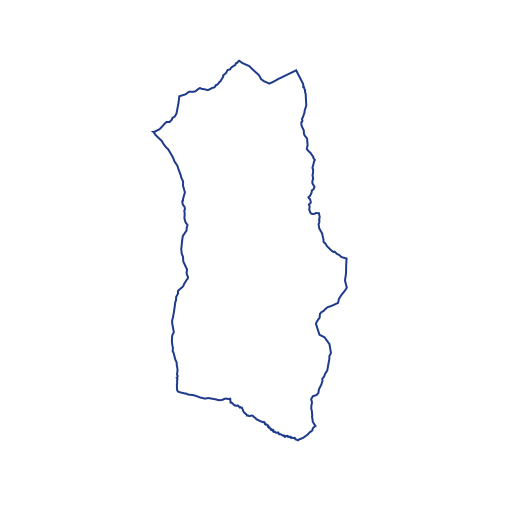 the district of Sadova, Suceava, Romania, rotated 233°
{"feature_id": "2599482B46935442887151", "entity_name": "Sadova", "entity_type": "district", "adm_level": 2, "iso_a3": "ROU", "parent_name": "Romania", "parent_adm1": "Suceava", "projection": "natural_earth1", "projection_center": [25.431, 47.58], "detail": "fine", "context": "isolated", "style": "outline", "palette": "blue", "viewbox_px": 512, "rotation_deg": 233, "n_neighbors": 0, "source": "geoboundaries", "source_scale": "gbopen_adm2", "svg_char_len": 6085}
<svg xmlns="http://www.w3.org/2000/svg" viewBox="0 0 512 512"><g transform="rotate(233 256 256)"><path d="M416.9,248.7L415.5,249.0L415.0,248.7L414.1,248.6L413.1,248.6L404.4,250.0L402.0,249.6L398.9,249.5L395.8,249.7L394.4,250.1L386.1,249.2L383.5,248.7L380.5,247.8L375.3,247.5L370.8,245.9L368.7,245.4L365.6,244.4L363.6,243.5L359.7,242.7L357.6,241.3L356.5,240.2L349.6,237.5L345.6,232.2L344.1,231.0L344.1,230.0L341.7,228.7L340.2,228.4L338.5,228.6L337.1,228.0L335.8,227.0L335.3,225.9L333.3,224.9L331.5,223.5L329.3,221.6L325.5,220.0L322.2,220.0L321.5,219.5L320.6,218.0L318.2,215.9L316.0,209.6L313.4,206.9L306.3,200.3L302.4,198.0L299.4,197.3L295.3,194.6L286.7,192.8L284.5,190.6L283.0,189.7L280.0,189.0L279.0,187.8L278.8,186.6L276.9,181.7L275.8,179.9L275.5,178.4L275.2,173.0L274.5,172.2L273.0,171.2L271.3,167.5L268.7,165.4L268.0,164.1L261.3,157.4L256.9,152.7L254.9,150.1L253.0,148.8L251.0,147.7L245.1,144.8L244.2,143.9L243.6,142.3L242.6,140.9L238.1,137.2L234.9,135.4L232.5,134.3L230.2,132.2L228.6,132.0L221.7,129.2L218.8,128.6L216.3,126.9L213.4,125.5L211.8,124.4L208.8,121.5L207.4,121.3L206.6,120.5L206.5,119.4L205.5,119.3L204.5,118.9L204.3,118.2L201.7,116.4L200.9,115.4L199.1,114.1L196.2,112.2L194.5,112.2L192.3,113.7L190.0,115.7L189.0,116.3L188.5,117.1L187.9,117.6L186.7,118.1L185.1,119.5L183.2,121.6L181.6,123.0L177.5,125.7L176.9,126.0L173.4,128.9L172.8,129.5L171.2,132.5L165.6,137.7L163.8,139.0L162.2,140.9L161.8,141.7L161.4,142.8L161.0,143.4L161.1,144.1L160.8,144.7L160.5,145.9L158.5,147.8L157.5,149.5L154.3,147.5L153.8,148.1L153.1,148.2L152.8,148.5L150.6,148.7L150.0,149.2L149.0,149.3L148.9,149.7L148.2,150.1L148.0,150.4L147.7,151.4L147.1,151.7L145.9,151.7L145.2,152.3L144.9,152.1L144.9,151.9L144.6,151.9L144.2,152.7L143.8,153.0L143.5,153.4L141.6,153.1L141.1,152.8L140.4,152.6L138.0,152.3L137.5,152.5L136.1,152.7L135.7,153.0L135.1,152.9L134.5,153.0L133.9,152.8L133.5,153.6L132.6,154.0L132.0,154.6L131.3,156.4L130.4,157.2L129.9,157.4L128.8,157.3L127.0,158.1L126.2,158.0L125.0,158.2L124.3,158.8L123.8,158.8L123.2,159.3L122.3,159.5L121.3,160.2L120.8,160.4L120.1,161.0L119.5,161.2L119.3,161.7L118.8,161.9L118.4,162.6L117.9,162.7L117.4,162.4L116.9,162.5L116.5,162.1L116.3,162.0L115.4,162.3L115.1,163.1L114.3,163.2L113.7,163.5L113.2,163.1L112.4,162.8L112.2,162.9L112.3,163.4L111.6,163.2L111.2,162.9L110.9,163.0L110.8,163.6L110.3,163.5L109.5,163.7L108.8,163.4L108.6,163.6L108.0,163.4L107.8,163.6L107.9,164.1L106.9,164.1L106.8,164.6L106.9,164.9L106.6,165.1L106.4,165.0L106.0,164.3L105.1,164.2L104.7,164.5L104.6,165.0L104.3,165.3L103.4,165.3L102.8,165.8L102.6,166.0L102.4,166.5L102.1,166.8L101.9,167.3L101.7,167.5L101.3,167.5L100.5,167.1L99.9,167.2L99.6,167.4L99.5,167.9L99.1,168.0L98.7,168.4L97.8,168.9L96.5,169.3L96.4,169.8L95.8,169.9L95.6,170.0L95.5,170.4L95.2,170.4L94.7,170.0L94.4,170.0L94.1,170.4L94.4,171.1L94.4,171.5L93.7,171.9L93.6,172.8L93.2,173.0L92.8,172.9L92.4,172.7L92.1,172.8L91.9,173.5L91.0,174.0L91.0,174.6L90.9,174.8L89.8,174.6L89.5,174.6L89.5,175.3L88.3,176.0L87.6,177.4L87.3,177.5L86.6,177.2L85.7,177.2L85.3,177.7L84.0,178.3L83.4,178.8L83.6,179.5L83.5,180.6L82.8,182.2L82.8,183.2L82.4,184.2L82.3,189.6L82.9,192.9L82.7,194.6L82.9,196.1L83.7,197.0L84.4,198.5L84.5,201.2L88.1,201.4L89.9,201.8L92.5,203.4L93.8,203.9L94.2,204.2L94.6,204.8L98.4,207.2L100.9,208.3L103.1,210.1L105.0,212.2L105.9,212.9L108.2,213.7L108.6,214.2L109.8,217.1L108.5,220.7L109.1,223.4L111.7,226.1L114.0,230.8L116.0,233.6L118.2,235.3L118.6,237.6L120.4,240.4L121.6,243.9L130.0,253.0L131.1,253.7L132.1,254.6L132.9,256.6L133.7,257.6L141.3,261.6L149.9,261.8L154.9,259.3L165.4,262.9L166.3,263.8L167.1,265.3L167.3,266.0L167.7,267.1L168.3,269.4L168.6,269.9L170.3,271.2L171.4,272.5L171.8,274.6L171.4,276.7L171.8,278.7L172.0,281.2L171.9,283.0L171.0,285.1L170.4,287.6L169.2,293.3L171.8,296.4L173.3,300.2L175.0,306.7L176.1,309.5L182.9,312.3L188.0,317.5L194.5,322.6L199.5,326.8L203.7,323.6L206.8,323.1L208.3,322.2L209.6,321.8L212.2,321.4L212.4,320.4L213.9,319.8L216.9,319.2L221.3,318.6L224.6,318.9L226.0,318.4L226.9,318.6L228.2,319.6L234.1,322.3L235.5,322.6L236.8,322.6L238.1,323.0L239.6,323.0L240.0,323.1L243.8,325.2L244.8,326.9L246.0,327.6L246.2,328.0L246.7,328.3L247.1,328.3L247.3,328.4L248.6,330.2L252.3,332.0L254.2,329.8L254.4,328.5L255.1,327.0L256.1,325.9L256.9,325.6L257.8,325.5L261.4,326.6L261.7,327.1L263.5,328.8L265.3,329.2L265.5,331.6L266.5,332.4L268.9,333.4L270.3,333.0L271.4,333.3L271.4,335.0L272.2,336.8L273.3,338.7L274.8,340.1L274.6,342.0L276.1,344.4L278.8,344.6L280.6,345.0L281.7,346.0L283.1,347.7L283.2,348.1L286.4,349.7L288.5,352.0L290.7,353.6L292.4,354.1L294.3,356.5L295.6,358.2L296.5,359.0L297.3,360.8L299.9,360.8L300.9,361.5L303.1,361.4L305.6,361.6L307.4,361.2L310.7,360.9L311.6,361.7L313.2,363.7L314.5,364.6L317.0,366.1L318.1,366.9L319.5,367.5L322.4,367.4L323.7,367.5L325.3,368.2L327.5,369.7L329.2,370.1L331.0,370.4L333.3,371.1L335.4,372.5L335.5,373.5L336.1,374.5L337.1,374.8L337.6,375.1L338.2,376.0L338.7,377.2L340.3,379.4L341.0,380.6L343.1,382.7L344.8,385.2L345.1,385.5L345.9,386.7L356.0,393.5L356.4,393.5L357.7,394.0L358.3,394.4L358.6,394.9L360.5,395.3L362.1,395.9L362.7,395.4L363.6,396.4L365.2,397.2L380.1,399.8L383.3,383.6L383.4,382.7L383.9,381.1L384.3,377.6L384.8,374.1L385.7,370.4L391.1,367.4L394.4,366.5L396.8,367.0L399.0,367.1L407.6,365.5L411.7,364.9L418.2,361.3L421.9,360.1L421.9,359.3L422.1,359.3L422.0,358.3L421.6,357.1L421.9,356.1L422.0,355.7L421.1,354.7L421.0,354.2L421.3,352.9L421.3,351.1L421.4,349.7L421.1,348.7L420.8,348.2L420.6,347.6L421.0,346.6L421.5,345.8L421.6,345.4L421.3,344.4L420.2,342.4L420.1,340.9L420.1,339.5L420.0,338.7L419.7,338.2L418.9,337.7L417.5,334.0L416.9,332.8L417.0,331.7L416.8,330.8L416.2,329.3L416.2,328.2L416.6,326.6L416.4,326.1L415.9,325.5L415.8,324.1L416.6,322.2L416.6,321.4L416.9,320.5L417.1,319.2L417.2,318.2L417.5,317.3L420.3,315.1L421.9,313.4L423.9,312.3L424.1,310.1L424.0,306.7L425.1,304.4L427.5,301.4L427.5,297.1L429.7,290.9L424.4,285.7L417.8,278.4L417.2,277.3L416.2,274.7L416.6,272.3L415.6,271.0L415.0,267.6L416.9,265.2L416.6,262.1L416.0,259.7L415.3,255.1L416.3,250.1L416.1,249.9L416.9,248.7Z" fill="none" stroke="#1e3a8a" stroke-width="2"/></g></svg>